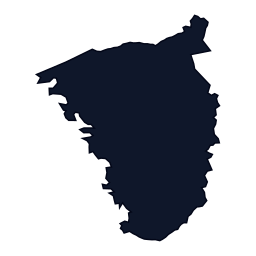 outline of Seberi, Rio Grande do Sul, Brazil
{"feature_id": "56859067B19593958817427", "entity_name": "Seberi", "entity_type": "district", "adm_level": 2, "iso_a3": "BRA", "parent_name": "Brazil", "parent_adm1": "Rio Grande do Sul", "projection": "robinson", "projection_center": [-53.366, -27.504], "detail": "fine", "context": "isolated", "style": "filled", "palette": "ink", "viewbox_px": 256, "rotation_deg": 0, "n_neighbors": 0, "source": "geoboundaries", "source_scale": "gbopen_adm2", "svg_char_len": 2306}
<svg xmlns="http://www.w3.org/2000/svg" viewBox="0 0 256 256"><path d="M183.7,222.7L186.6,222.7L188.0,216.4L190.9,214.1L193.3,210.2L196.9,206.9L199.7,206.6L202.4,206.0L204.1,203.8L206.7,200.6L205.0,197.5L204.4,192.3L201.5,187.6L205.5,186.6L207.3,181.9L204.4,175.5L207.3,171.1L211.9,169.9L208.5,162.1L207.2,159.0L210.8,157.2L212.4,154.4L209.1,153.1L205.7,151.1L208.2,149.0L210.2,145.3L213.0,145.1L214.8,143.0L219.3,142.8L218.2,138.7L214.3,134.4L213.4,128.4L215.6,124.1L216.2,120.1L213.3,117.5L216.1,114.9L215.3,108.6L219.5,105.7L217.5,102.6L216.4,98.5L217.9,95.4L214.6,93.7L211.4,95.4L207.7,92.9L210.0,85.2L194.6,69.0L193.7,63.8L190.7,54.6L210.4,50.7L202.2,40.1L203.8,36.6L204.8,32.3L205.7,28.0L207.3,25.5L208.0,22.2L203.7,18.3L200.5,18.9L197.8,16.5L194.6,15.4L192.6,18.5L190.4,21.0L191.3,24.0L190.8,27.4L185.7,26.3L183.1,27.5L184.6,31.5L182.0,33.2L178.2,33.7L175.0,35.6L172.2,37.0L169.4,37.6L166.8,38.5L164.5,40.1L161.2,41.5L158.0,44.1L155.5,45.8L152.9,44.4L150.4,44.4L147.5,43.8L143.9,43.8L139.3,42.6L136.3,42.9L133.6,43.0L130.1,42.4L126.5,43.4L123.1,44.1L120.7,46.1L117.5,47.3L114.0,47.6L110.7,48.7L107.9,49.0L104.6,50.1L100.8,51.6L96.8,51.3L92.3,49.3L65.7,62.2L36.5,74.5L40.8,77.5L37.8,83.1L49.5,81.6L53.5,77.7L56.4,78.2L57.7,83.0L53.1,88.3L49.2,88.3L49.5,94.8L52.7,93.6L61.1,94.2L66.1,97.1L68.2,103.1L66.2,104.9L59.5,103.6L63.5,110.1L66.0,110.7L64.3,113.8L65.9,117.8L68.7,120.3L72.0,120.3L75.8,120.4L73.5,114.4L75.3,112.2L79.2,112.9L79.7,116.0L84.7,122.3L88.2,124.4L91.2,124.4L94.3,128.0L84.0,128.0L79.8,129.6L83.8,132.7L89.7,132.6L93.0,135.4L90.7,137.0L82.6,138.4L87.1,140.7L89.4,143.8L89.2,147.0L89.4,152.8L93.0,151.5L95.3,154.8L98.5,158.8L100.9,158.1L105.5,158.5L109.8,162.3L111.5,167.0L106.2,167.8L107.0,172.6L105.9,178.3L109.6,182.5L106.6,185.2L102.4,184.3L103.4,188.5L111.1,188.8L114.2,191.9L109.2,193.1L113.4,195.8L114.3,200.0L115.3,203.8L119.3,203.2L119.6,207.7L122.6,202.8L126.6,208.3L131.2,212.0L128.6,213.0L129.2,218.3L128.5,222.3L124.7,221.2L120.1,223.6L121.9,225.5L120.5,228.5L122.6,230.2L124.1,233.0L129.6,231.3L133.2,233.6L136.4,235.1L139.0,236.8L141.5,237.9L144.2,239.0L147.9,239.4L152.0,239.7L155.3,239.6L159.8,240.6L162.3,239.3L165.6,237.1L168.3,234.4L172.0,232.0L174.7,230.0L177.7,229.3L179.4,226.2L181.2,224.2L183.7,222.7Z" fill="#0f172a" stroke="#020617" stroke-width="1.5"/></svg>